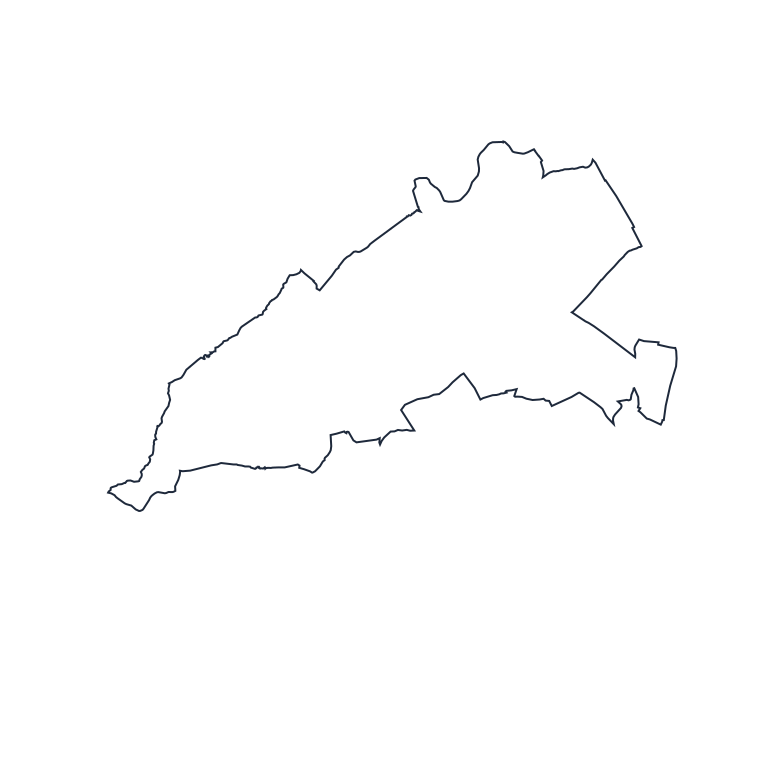 the district of Buciumi, Bacau, Romania, rotated 62°
{"feature_id": "2599482B95030367373704", "entity_name": "Buciumi", "entity_type": "district", "adm_level": 2, "iso_a3": "ROU", "parent_name": "Romania", "parent_adm1": "Bacau", "projection": "orthographic", "projection_center": [26.788, 46.194], "detail": "fine", "context": "isolated", "style": "outline", "palette": "slate", "viewbox_px": 768, "rotation_deg": 62, "n_neighbors": 0, "source": "geoboundaries", "source_scale": "gbopen_adm2", "svg_char_len": 6151}
<svg xmlns="http://www.w3.org/2000/svg" viewBox="0 0 768 768"><g transform="rotate(62 384 384)"><path d="M350.4,678.6L352.5,676.2L355.7,674.1L357.9,673.7L359.8,672.9L367.6,669.0L369.1,667.9L372.7,664.2L378.2,662.1L381.1,659.9L381.6,658.8L381.8,656.3L381.3,655.0L376.2,645.9L374.6,643.8L373.8,642.1L373.4,640.4L373.0,638.0L373.0,635.4L373.5,634.0L377.6,628.8L378.0,627.5L378.2,624.9L380.0,621.8L380.4,620.4L380.4,618.4L376.3,616.5L372.1,610.7L368.6,607.2L365.8,605.2L364.8,604.9L366.5,602.7L369.5,595.8L374.7,574.8L376.7,569.0L377.2,565.3L377.5,564.6L384.5,554.5L385.9,551.8L386.8,551.2L389.3,547.8L391.6,545.4L393.3,542.2L394.2,541.0L395.3,540.8L398.4,537.7L398.3,537.3L398.4,536.5L397.9,536.0L397.9,535.4L398.3,534.7L397.9,534.0L398.2,533.7L399.3,533.9L399.5,533.7L399.2,533.2L400.5,533.1L400.8,532.0L401.9,530.4L401.6,528.5L403.0,528.7L402.6,527.7L403.1,527.3L403.4,526.1L405.0,523.3L405.6,521.5L408.3,515.9L411.0,510.9L414.6,497.9L416.4,496.9L418.2,498.2L421.7,494.6L426.4,490.3L428.5,489.1L428.7,488.5L428.7,485.8L426.6,479.2L424.0,474.9L423.6,474.0L423.4,472.2L422.0,471.5L421.4,470.7L420.5,467.1L418.7,463.8L417.4,462.1L414.2,459.8L404.0,455.1L405.6,449.2L407.2,441.4L408.6,441.1L409.8,440.3L408.8,439.4L409.1,438.4L409.8,437.8L419.4,437.5L422.6,435.7L429.6,416.7L429.8,413.2L433.5,415.6L435.6,415.9L433.2,412.8L431.3,408.9L429.1,400.5L430.8,396.9L431.1,393.3L433.6,389.8L435.2,385.4L437.5,382.9L439.3,379.1L415.0,381.1L412.2,375.3L413.1,361.7L416.5,351.0L416.8,345.2L418.8,340.0L416.8,328.8L414.7,322.7L412.2,312.0L412.1,308.7L430.2,305.9L443.0,306.2L443.0,303.0L444.9,293.3L446.5,289.8L447.2,287.1L447.3,285.1L448.4,282.8L449.1,279.9L447.8,280.2L447.5,279.2L449.5,274.3L450.8,269.3L455.8,274.6L456.8,274.2L457.9,271.9L460.2,268.2L463.8,265.2L467.9,260.3L470.7,254.0L472.0,250.0L474.5,249.1L476.5,246.1L482.2,246.2L483.5,224.5L483.1,216.4L483.5,215.3L498.7,207.1L506.1,203.7L508.6,202.8L516.4,202.8L519.2,202.3L527.3,200.0L523.7,198.9L521.7,197.7L520.8,196.8L519.4,194.3L516.4,186.0L515.3,184.8L514.1,184.3L512.9,184.4L509.2,185.7L512.0,177.1L513.3,175.6L513.5,173.9L513.3,173.3L509.7,170.6L506.5,166.7L505.1,165.7L505.2,165.0L514.8,165.7L521.4,168.7L523.9,170.8L525.7,169.1L527.3,171.9L529.3,170.9L537.9,168.2L540.1,165.9L549.8,158.7L547.8,156.0L546.6,155.1L547.2,153.9L535.4,145.4L519.9,132.1L505.5,117.8L498.9,113.7L492.0,110.5L488.9,109.9L488.0,111.5L485.6,114.7L478.0,123.5L476.1,122.0L468.2,134.3L464.5,137.9L468.1,144.0L469.3,145.4L471.2,146.7L475.3,148.0L478.3,149.7L443.5,165.7L431.6,171.5L426.0,174.7L423.3,176.7L408.9,184.5L408.8,182.9L402.6,164.0L400.8,159.2L394.1,143.2L394.2,142.4L391.6,135.8L388.4,125.7L385.6,118.4L384.0,112.5L383.1,110.8L381.8,106.8L381.6,104.5L382.0,103.5L382.1,101.4L382.9,97.1L382.7,95.0L383.4,93.1L383.2,91.8L362.8,91.5L362.8,89.5L359.3,89.4L327.1,90.7L308.2,92.7L308.2,93.4L287.9,93.4L283.9,94.4L286.3,96.7L287.4,98.3L288.2,101.2L288.1,103.1L287.4,104.8L285.6,106.3L284.5,109.7L284.2,112.2L283.3,115.2L282.2,116.6L281.1,119.9L279.2,123.8L279.0,124.9L279.0,125.8L278.4,127.4L277.9,130.1L277.3,131.0L276.9,132.4L275.7,134.4L275.1,138.4L275.3,141.3L275.7,143.0L276.1,146.8L274.5,145.4L270.8,143.1L261.7,141.3L260.9,139.5L255.4,140.2L255.4,140.4L248.6,141.4L248.6,141.2L247.1,141.4L246.9,148.2L246.4,151.9L245.9,153.2L242.5,157.7L240.6,160.1L239.1,161.3L232.8,161.8L227.2,163.6L225.9,164.8L226.6,165.4L225.5,166.6L221.5,174.7L221.2,177.7L221.4,179.3L224.2,186.1L225.3,189.9L226.0,191.5L227.7,194.0L229.8,195.9L238.1,198.8L240.9,200.4L244.0,203.4L247.2,211.5L251.4,216.1L253.3,218.9L254.8,222.0L257.1,229.2L257.4,231.1L257.0,233.1L255.1,238.1L253.2,241.6L250.7,244.6L249.7,244.9L240.9,244.2L239.1,244.4L235.7,245.4L233.8,246.7L229.1,248.6L227.6,248.8L224.7,248.5L222.1,249.6L218.7,256.3L218.2,260.3L218.8,261.6L224.4,263.2L225.0,263.8L226.2,266.6L227.1,267.7L243.5,270.9L243.9,270.5L246.1,271.2L248.8,270.9L247.4,272.3L246.6,272.7L246.6,273.0L245.9,273.3L245.9,273.6L246.6,275.6L246.5,276.6L247.1,277.5L247.1,278.4L246.8,278.8L246.8,279.3L247.6,280.4L247.6,281.8L246.6,282.9L247.2,284.3L247.1,284.8L246.8,285.2L247.2,285.5L253.0,324.9L253.9,330.4L255.3,333.6L255.6,335.2L256.0,342.4L255.8,343.7L255.1,345.1L253.7,346.7L253.1,348.7L254.5,353.7L254.5,357.0L255.4,360.8L259.0,368.8L260.1,369.5L260.5,372.7L263.9,379.2L271.1,396.8L268.1,398.7L265.6,397.3L264.2,397.0L260.2,398.1L260.0,397.6L248.9,402.3L244.3,403.8L245.2,404.6L246.1,406.5L246.0,409.8L245.2,413.1L243.7,416.2L245.8,419.7L248.4,422.5L248.5,425.6L249.0,426.4L251.3,427.4L251.7,427.8L251.8,429.6L252.8,430.7L254.8,433.4L255.4,435.1L256.2,436.2L256.9,437.8L257.5,441.8L257.3,443.6L257.7,444.2L257.7,445.4L258.8,447.6L259.5,448.2L260.0,450.2L261.3,452.3L261.9,452.8L262.6,452.7L263.0,455.5L263.5,456.9L265.3,458.3L265.6,458.8L264.6,462.6L265.5,464.2L265.4,465.2L264.8,466.5L264.9,467.5L266.6,482.5L267.1,484.2L268.8,486.8L271.5,490.3L270.9,496.0L271.1,498.1L270.8,499.0L271.8,501.2L271.9,502.0L271.0,505.4L271.1,505.9L272.2,507.4L273.4,513.3L272.8,515.8L276.0,517.5L275.5,518.7L275.6,520.4L274.7,522.2L276.0,521.9L276.2,524.6L276.8,525.5L277.4,525.2L277.8,526.0L276.2,526.6L276.7,527.4L274.9,527.7L274.4,528.3L274.6,529.3L275.3,530.3L277.6,530.5L277.6,531.0L277.2,531.4L275.5,532.5L274.8,533.3L275.4,537.1L278.6,551.8L281.8,556.8L283.2,559.7L283.3,561.3L282.4,567.0L282.7,570.3L282.5,573.7L283.7,573.6L287.0,576.5L289.0,577.2L290.8,579.1L293.1,579.1L297.6,580.3L299.7,582.5L302.3,584.7L305.2,590.5L306.5,591.9L308.7,595.3L309.8,596.5L313.2,597.8L314.0,598.7L314.5,600.7L315.1,601.6L315.4,602.9L314.7,603.7L315.0,604.1L315.8,604.3L319.1,607.6L320.8,608.6L321.1,609.5L321.6,610.0L323.5,610.8L326.0,611.0L325.8,613.2L326.1,613.5L327.9,614.9L328.9,615.0L330.3,616.4L334.4,618.8L337.1,620.9L337.7,621.6L338.1,625.0L338.5,625.7L340.7,625.8L342.7,627.3L343.7,629.6L344.3,630.3L344.5,630.9L344.2,631.9L344.4,633.7L346.0,635.5L346.4,637.7L347.5,640.0L349.6,640.1L351.0,640.8L352.1,641.8L353.4,644.4L354.7,645.7L354.6,646.6L353.0,650.6L350.2,653.1L349.0,655.7L348.9,656.6L349.9,658.9L349.5,659.5L349.3,662.6L347.8,666.1L348.3,668.0L347.4,672.6L347.4,673.8L347.7,674.3L349.2,675.1L349.7,677.6L350.4,678.6Z" fill="none" stroke="#1e293b" stroke-width="2"/></g></svg>